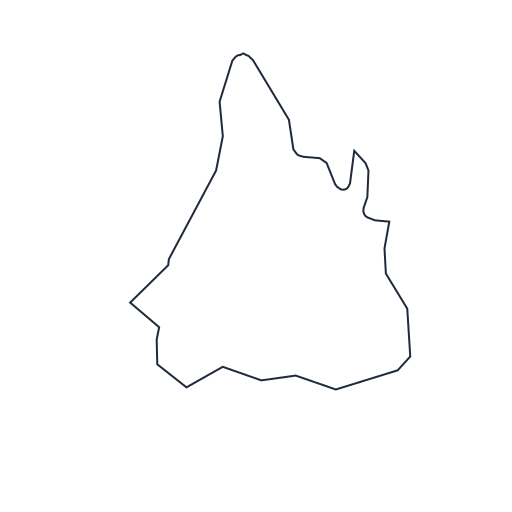 Bromley, Natural Earth projection, rotated 55°
{"feature_id": "GBR-2063", "entity_name": "Bromley", "entity_type": "London Borough", "adm_level": 1, "iso_a3": "GBR", "parent_name": "United Kingdom", "parent_adm1": "", "projection": "natural_earth1", "projection_center": [0.01, 51.361], "detail": "fine", "context": "isolated", "style": "outline", "palette": "slate", "viewbox_px": 512, "rotation_deg": 55, "n_neighbors": 0, "source": "natural_earth", "source_scale": "10m", "svg_char_len": 1015}
<svg xmlns="http://www.w3.org/2000/svg" viewBox="0 0 512 512"><g transform="rotate(55 256 256)"><path d="M426.8,187.3L430.9,205.5L411.1,267.2L376.7,292.1L360.9,323.0L327.7,346.8L323.7,388.3L288.1,399.0L267.5,385.3L258.8,376.2L222.0,385.8L213.2,333.2L208.6,329.2L163.1,239.7L138.9,214.5L108.7,197.3L82.4,163.3L81.1,158.4L81.2,156.4L81.3,155.6L81.4,155.3L81.5,154.9L82.2,154.0L82.4,153.6L82.4,153.0L82.5,151.5L82.7,150.7L82.8,150.4L83.1,150.1L83.7,149.6L84.8,149.2L85.8,148.7L87.6,147.5L88.0,147.3L88.3,147.2L88.7,147.1L90.4,146.9L90.9,146.8L92.4,146.4L92.9,146.3L93.9,146.2L94.9,146.2L163.3,150.9L190.1,164.2L196.2,164.1L198.7,162.9L201.9,160.3L212.4,147.7L220.3,144.8L242.5,150.0L245.8,149.9L250.1,148.3L251.5,146.8L252.2,145.8L252.8,143.4L252.7,142.1L252.4,140.9L250.4,137.3L226.2,115.2L242.9,113.0L250.6,114.9L271.6,131.0L278.4,140.3L281.0,142.5L284.0,143.4L286.0,143.4L288.1,142.7L295.0,138.1L304.3,127.1L323.5,146.4L344.9,159.7L385.9,162.3L426.8,187.3Z" fill="none" stroke="#1e293b" stroke-width="2"/></g></svg>